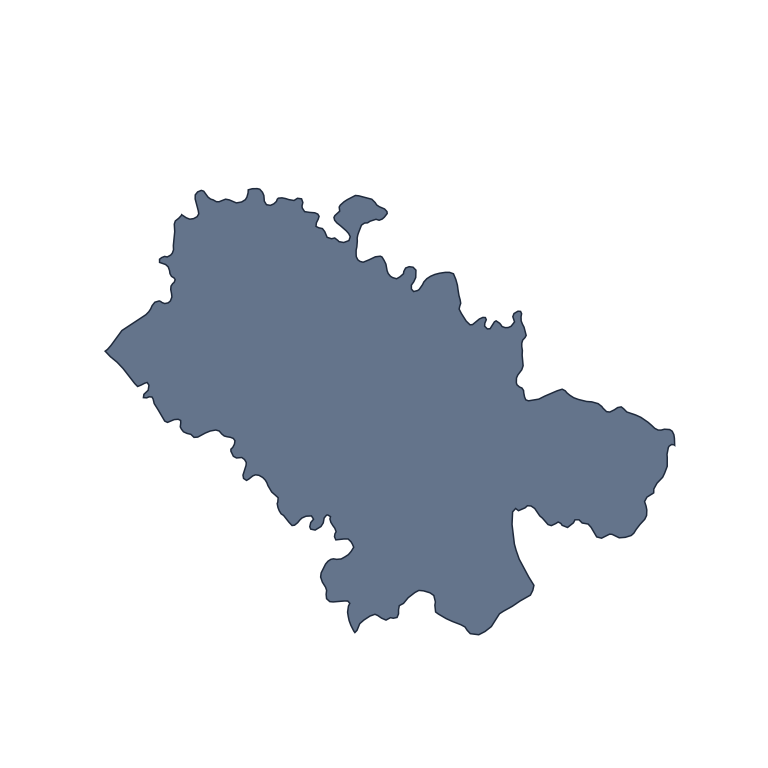 outline of Barysaw, Minsk, Belarus, rotated 147°
{"feature_id": "67162791B39606099444015", "entity_name": "Barysaw", "entity_type": "district", "adm_level": 2, "iso_a3": "BLR", "parent_name": "Belarus", "parent_adm1": "Minsk", "projection": "albers", "projection_center": [28.522, 54.3], "detail": "fine", "context": "isolated", "style": "filled", "palette": "slate", "viewbox_px": 768, "rotation_deg": 147, "n_neighbors": 0, "source": "geoboundaries", "source_scale": "gbopen_adm2", "svg_char_len": 6171}
<svg xmlns="http://www.w3.org/2000/svg" viewBox="0 0 768 768"><g transform="rotate(147 384 384)"><path d="M441.1,122.1L434.1,121.4L426.1,122.1L412.3,128.4L407.7,128.4L397.3,127.7L388.0,127.9L376.2,127.2L371.6,129.9L367.9,133.5L367.7,143.4L366.0,163.5L363.8,172.5L361.8,178.8L353.1,196.5L345.8,206.7L341.4,207.9L340.2,204.5L333.1,203.3L330.0,203.8L327.1,201.6L325.4,197.5L325.2,188.5L324.2,185.3L323.0,176.8L320.8,174.1L316.0,173.4L313.1,173.4L311.6,170.7L311.6,168.5L308.2,163.7L300.7,164.4L297.8,166.1L294.4,163.9L293.5,159.5L289.1,155.4L288.4,151.0L288.9,139.9L285.5,136.2L276.6,135.2L274.6,133.7L270.5,126.9L265.2,124.0L259.2,122.3L255.8,122.8L251.7,124.7L245.8,126.8L239.0,128.5L235.4,130.7L232.2,135.2L230.7,138.9L229.5,143.5L225.1,145.9L217.1,145.8L214.9,149.0L209.1,152.1L201.1,154.0L197.2,156.4L191.3,160.7L186.4,168.2L185.0,170.8L180.1,175.9L178.6,176.6L175.7,176.6L173.8,174.9L173.6,174.3L170.0,180.3L168.5,183.6L168.0,187.4L169.2,190.2L173.5,193.4L176.7,194.4L179.2,196.1L181.1,199.4L182.1,203.6L183.4,208.1L186.7,216.1L189.7,220.8L195.6,228.3L196.5,232.7L197.5,235.6L200.9,237.0L204.8,236.9L209.9,237.5L212.4,239.6L213.5,244.5L213.6,246.5L215.1,250.9L219.5,255.9L223.6,259.0L229.4,265.2L232.4,269.2L234.3,273.4L235.4,276.9L235.7,279.6L237.4,282.6L242.5,284.0L255.9,286.3L262.4,287.0L272.0,291.2L273.7,293.5L273.2,296.5L271.6,300.5L270.5,302.5L270.5,305.5L272.0,307.7L272.9,311.0L272.3,313.0L269.6,316.9L266.8,318.7L260.7,320.9L257.4,323.5L252.4,333.0L249.7,336.7L248.0,340.5L246.2,343.2L243.7,345.3L240.5,346.1L238.3,347.3L235.6,355.4L235.3,358.7L234.6,362.2L232.5,365.7L230.3,368.0L229.9,370.5L232.0,372.1L236.6,372.3L239.3,370.3L240.7,365.0L246.0,363.2L249.1,363.7L251.7,365.3L253.7,367.9L253.7,370.0L253.9,371.9L255.6,375.9L257.5,376.0L264.9,372.6L267.3,373.9L268.1,377.7L266.3,380.1L263.2,382.2L262.8,384.5L264.8,386.0L268.6,386.6L277.4,385.6L279.6,386.8L280.8,392.0L280.7,400.9L280.2,405.9L278.0,408.1L275.7,409.9L274.3,413.1L272.9,417.5L270.6,422.7L268.6,426.9L266.8,432.6L265.7,438.6L268.2,441.9L271.9,444.3L277.2,446.7L281.7,448.2L286.3,449.0L290.7,449.0L295.0,447.9L297.6,446.3L303.1,444.1L305.0,444.1L308.8,445.4L309.3,448.7L307.2,452.0L303.4,453.5L299.4,456.0L295.2,462.1L296.0,466.1L299.0,468.7L302.7,469.5L306.1,467.6L307.6,465.9L312.2,465.2L316.1,465.4L318.8,468.5L319.9,470.8L320.3,474.4L319.7,477.3L317.1,483.5L316.6,487.8L316.5,491.6L317.5,493.2L322.0,495.4L328.9,496.3L335.2,497.5L337.4,500.0L338.3,502.4L337.9,505.9L336.6,508.2L334.5,511.4L332.1,513.8L328.6,518.3L327.0,521.0L324.9,523.2L322.9,524.8L316.4,529.5L312.7,529.6L310.0,528.1L307.0,528.1L301.0,526.5L298.9,524.0L295.7,523.3L292.9,523.7L288.5,525.2L287.6,527.0L288.2,530.5L291.4,535.3L292.6,538.1L292.6,541.0L293.6,545.6L302.6,555.5L305.3,557.7L314.4,558.6L318.3,558.6L323.3,557.8L325.2,556.8L327.0,553.1L333.5,552.0L335.3,550.9L336.2,548.2L335.8,544.8L334.3,540.4L332.2,532.9L331.7,529.4L332.1,525.9L335.3,523.4L340.7,524.6L344.2,527.9L344.5,529.5L345.8,533.3L348.9,534.4L351.8,538.0L350.7,544.1L351.0,547.9L353.6,550.5L355.2,553.2L352.9,556.0L349.5,558.0L347.1,560.0L347.0,562.6L348.8,565.3L353.1,568.6L356.7,571.8L356.7,576.1L355.8,578.0L353.2,580.4L352.3,584.2L355.4,586.9L359.5,586.9L363.4,590.5L365.6,593.2L368.2,595.7L371.4,597.4L372.9,597.1L374.8,595.7L378.3,595.1L382.0,595.7L384.9,598.4L384.8,602.5L382.1,607.5L381.5,611.0L382.1,615.0L383.9,616.9L388.1,619.5L392.1,620.8L393.9,618.3L397.2,615.4L399.9,614.1L404.3,614.2L409.2,616.3L413.5,622.7L416.2,625.3L423.1,626.7L425.3,628.2L427.0,631.5L428.7,633.5L429.8,636.6L430.2,643.9L431.8,645.9L435.7,646.6L439.3,645.4L441.6,642.0L445.4,630.5L446.7,627.6L449.6,626.1L453.6,626.4L457.1,628.0L459.3,631.1L461.5,636.2L461.9,635.8L465.9,634.8L470.2,634.4L472.8,632.3L476.5,625.8L485.3,614.8L487.4,611.2L490.3,609.0L492.7,608.3L496.6,608.6L498.5,610.5L501.6,611.1L504.3,610.9L506.0,608.2L502.1,603.2L501.2,599.8L502.1,595.9L503.4,593.1L503.6,590.0L502.3,587.3L502.3,585.2L504.7,583.5L506.5,583.3L509.3,582.1L511.4,579.4L513.0,575.4L514.5,572.5L517.9,570.0L520.8,569.6L524.1,570.9L525.8,573.2L526.4,574.9L527.3,576.1L531.6,577.4L535.8,576.0L538.7,574.1L541.9,572.7L545.9,571.8L574.7,571.6L592.1,565.0L597.1,563.6L600.0,563.4L598.6,555.9L596.0,547.7L594.4,539.1L592.8,520.1L592.0,516.1L588.3,515.4L584.3,515.0L581.8,514.3L581.8,511.0L585.2,507.2L591.0,506.1L593.2,503.6L590.5,501.6L588.0,501.2L585.7,499.5L585.8,497.2L587.4,492.7L587.5,485.3L588.1,472.3L586.5,469.7L579.3,468.4L575.8,466.5L574.4,464.2L575.7,462.0L578.2,459.0L578.5,456.5L578.2,453.1L576.1,449.8L573.4,447.0L572.4,442.7L569.1,440.9L560.6,440.2L555.3,439.2L550.1,437.0L547.8,434.3L547.3,430.4L546.3,427.4L544.3,425.2L541.9,423.0L540.0,420.4L539.9,417.6L542.2,415.0L545.4,413.2L547.9,412.7L549.0,411.0L549.7,405.4L548.0,402.3L543.3,399.8L542.1,396.6L542.3,393.1L544.0,390.9L551.9,384.4L553.2,381.3L551.8,378.0L549.0,377.9L544.1,378.4L541.2,377.8L538.6,375.5L536.6,371.6L535.9,368.2L536.0,365.1L536.7,361.8L537.0,354.6L534.7,346.3L537.4,342.8L538.7,341.9L540.2,338.2L540.9,334.8L541.0,331.2L539.8,328.4L539.0,319.7L538.2,315.4L535.9,314.3L532.0,314.7L528.6,315.8L525.8,316.3L521.4,315.6L516.7,312.9L516.7,309.0L520.9,307.7L524.0,304.7L524.5,302.2L521.3,299.0L514.5,298.8L510.6,300.6L507.2,304.2L503.7,305.3L502.5,304.8L501.1,301.9L502.9,300.2L503.9,296.9L504.0,293.1L503.8,289.8L504.6,286.2L506.7,285.1L508.7,282.9L509.3,279.5L502.1,275.9L498.5,273.6L497.6,269.6L497.7,267.1L498.3,263.6L502.7,261.5L506.9,260.3L510.9,260.3L515.2,260.6L519.2,262.7L521.6,264.9L524.1,265.9L527.5,265.9L531.1,264.8L539.6,259.8L542.3,256.6L543.6,251.4L543.7,245.4L544.5,242.2L547.1,239.1L549.1,235.2L548.0,231.0L545.3,228.9L535.4,223.6L532.6,221.7L532.1,218.7L534.8,217.1L538.8,212.5L540.6,208.5L542.1,204.6L543.2,199.7L543.9,193.3L543.8,191.4L540.8,192.1L534.9,196.2L529.4,197.0L522.1,197.0L517.0,195.8L515.3,193.2L513.6,189.0L510.9,184.9L505.8,184.5L503.8,182.5L500.2,181.1L497.0,183.3L494.8,186.7L491.9,189.8L487.1,189.4L480.1,191.6L471.6,192.3L467.2,191.9L463.5,189.0L459.2,183.9L457.4,179.5L459.6,173.2L461.8,170.8L464.9,164.7L463.7,161.5L459.6,153.3L455.9,147.5L450.6,140.2L448.4,136.1L448.4,132.2L447.6,127.6L441.1,122.1Z" fill="#64748b" stroke="#1e293b" stroke-width="1.5"/></g></svg>